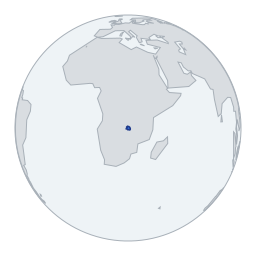 the Earth from above Copperbelt, rotated 13°
{"feature_id": "ZMB-517", "entity_name": "Copperbelt", "entity_type": "Province", "adm_level": 1, "iso_a3": "ZMB", "parent_name": "Zambia", "parent_adm1": "", "projection": "orthographic", "projection_center": [27.632, -13.082], "detail": "fine", "context": "on_globe", "style": "filled", "palette": "blue", "viewbox_px": 256, "rotation_deg": 13, "n_neighbors": 0, "source": "natural_earth", "source_scale": "10m", "svg_char_len": 5485}
<svg xmlns="http://www.w3.org/2000/svg" viewBox="0 0 256 256"><g transform="rotate(13 128 128)"><circle cx="128" cy="128" r="113" fill="#eef3f6" stroke="#a8b0b8"/><path d="M16.6,111.0L16.4,114.3L17.7,115.1L18.0,119.2L17.7,122.4L18.6,122.4L18.6,124.3L24.0,123.8L28.2,126.9L29.1,133.6L27.5,142.8L30.7,160.4L29.2,168.3L31.9,175.4L36.1,186.8L34.7,187.8L38.4,191.9L40.2,195.5L40.2,196.8L43.0,200.1L43.2,201.0L45.1,202.6L49.4,207.9L53.0,210.8L57.2,214.8L59.5,216.4L59.6,216.7L60.8,217.8L62.3,218.8L60.7,218.2L55.6,214.2L52.7,211.7L52.7,211.8L46.2,205.3L47.7,207.0L44.8,204.0L39.4,197.6L34.5,190.8L30.1,183.7L26.2,176.3L22.9,168.6L20.2,160.7L18.1,152.6L16.6,144.4L15.6,136.0L15.4,127.7L15.7,119.3L16.6,111.0ZM64.7,220.0L61.5,218.7L62.7,219.1L60.1,216.9L63.0,218.2L64.7,220.0ZM58.4,214.0L57.4,212.3L58.2,212.6L59.1,213.9L58.4,214.0ZM152.7,18.1L153.0,18.2L157.8,19.5L159.2,20.1L160.1,20.3L159.4,19.9L153.5,18.3L153.4,18.3L161.4,20.4L169.1,23.1L176.7,26.4L184.0,30.3L191.0,34.6L197.7,39.5L203.9,44.8L209.8,50.6L215.3,56.8L220.2,63.4L224.7,70.3L228.7,77.5L232.1,85.0L232.8,86.9L231.3,83.7L231.8,86.0L236.4,98.9L237.1,102.2L236.7,106.1L236.3,103.6L232.5,95.1L233.5,102.4L236.5,111.0L237.5,119.6L236.0,115.6L234.7,108.0L233.3,104.8L232.5,98.2L229.0,87.5L227.3,87.9L226.3,84.1L221.2,75.2L218.2,75.7L214.2,83.1L215.6,92.9L213.3,96.5L205.8,80.7L202.2,71.3L199.6,71.4L191.7,62.9L178.4,60.4L176.4,58.1L173.9,58.8L168.3,56.1L165.2,52.5L161.9,52.5L170.1,62.1L173.7,62.3L176.5,59.2L178.1,62.7L183.5,66.4L177.9,73.9L158.0,80.1L155.9,72.8L140.1,54.1L140.5,52.2L140.4,52.0L140.2,51.6L138.9,54.6L136.2,51.4L144.8,63.6L146.3,69.2L157.7,80.5L156.7,81.6L160.4,84.1L171.9,82.3L172.0,84.7L166.6,96.1L150.5,112.1L152.6,124.1L151.3,134.5L141.2,141.3L142.0,149.8L136.7,152.7L136.4,157.6L132.1,162.9L125.0,168.1L113.0,168.7L112.3,164.2L106.4,155.8L98.3,136.0L101.4,126.7L100.3,119.9L91.6,106.0L93.5,97.9L91.2,94.9L86.4,96.2L83.7,92.7L80.8,93.1L62.6,99.0L57.1,95.3L50.6,82.7L53.9,76.4L54.6,70.3L77.5,46.6L82.2,46.7L100.1,42.2L102.4,42.6L100.2,46.8L113.5,50.9L118.0,47.2L130.2,49.8L138.3,49.8L141.4,42.3L128.0,42.0L125.8,38.6L136.6,35.7L148.3,36.7L147.8,35.5L140.5,32.4L143.2,30.5L137.9,31.2L140.0,32.5L136.8,33.2L134.7,32.1L135.7,31.4L132.2,30.8L128.1,35.0L129.7,36.7L120.5,37.7L122.4,40.8L119.9,42.4L115.7,37.8L116.2,36.1L108.3,32.2L107.0,34.0L114.3,38.0L112.0,37.8L110.3,40.8L109.8,38.3L102.1,34.0L93.8,36.1L83.1,44.7L78.3,46.3L74.4,45.8L78.4,38.3L88.7,35.7L90.3,33.5L88.3,31.4L91.6,30.9L92.1,29.9L96.0,29.1L101.7,26.2L105.6,25.5L108.0,22.8L110.4,22.2L108.3,23.9L109.0,24.9L118.9,24.1L120.9,23.5L121.6,21.9L124.2,22.1L123.7,20.7L129.5,20.2L121.9,19.9L122.6,18.6L126.2,17.8L125.0,17.4L119.2,19.0L118.1,19.7L119.4,20.3L115.2,23.0L111.8,23.7L111.0,21.1L106.0,22.0L107.6,20.1L122.3,16.3L128.3,15.9L138.0,17.2L136.5,17.6L132.3,17.2L136.1,18.4L135.9,17.9L138.0,18.2L139.2,17.5L140.8,17.8L139.2,16.9L141.3,17.1L142.3,17.7L145.9,17.4L150.3,18.1L149.1,17.6L155.5,19.0L155.2,18.9L153.0,18.3L151.1,17.8L150.3,17.6L152.7,18.1ZM69.6,57.1L68.9,58.9L69.6,57.1ZM160.8,42.3L167.7,43.5L164.4,38.8L166.8,38.9L164.7,37.4L164.1,38.4L159.1,34.6L162.0,33.9L161.1,32.2L158.7,31.8L154.2,33.8L161.3,39.2L159.8,40.7L160.8,42.3ZM90.9,26.1L92.1,26.3L90.6,27.5L85.5,29.3L87.7,27.4L90.9,26.1ZM94.3,26.3L95.0,23.8L98.1,22.9L96.2,23.8L98.3,23.4L95.8,24.8L98.2,26.8L96.9,28.1L88.3,30.1L91.8,28.6L90.3,28.4L94.3,26.3ZM91.0,21.9L91.4,21.6L97.8,19.9L96.8,20.4L91.7,22.0L89.9,22.3L91.0,21.9ZM105.0,40.9L106.7,40.9L109.4,40.5L108.4,42.6L105.0,40.9ZM99.6,37.9L101.2,37.5L101.1,39.9L99.3,40.0L99.6,37.9ZM102.2,35.5L101.3,37.3L100.7,36.4L102.2,35.5ZM109.8,23.5L111.5,23.2L111.6,23.5L110.6,24.2L109.8,23.5ZM139.1,43.5L136.6,44.8L135.4,44.1L136.5,43.8L139.1,43.5ZM121.7,43.3L125.6,44.2L121.4,43.9L121.7,43.3ZM177.1,197.7L177.3,199.6L175.8,199.4L177.1,197.7ZM170.2,134.1L162.0,152.5L156.8,152.2L156.1,146.4L159.3,135.2L165.4,132.5L168.5,127.7L170.2,134.1ZM238.9,148.0L239.0,146.8L238.9,147.6L238.9,148.0ZM239.4,143.9L239.3,145.3L239.2,144.8L239.4,143.9ZM239.4,143.1L238.1,138.7L237.3,135.7L237.8,134.2L239.1,137.3L239.4,143.1ZM237.7,134.0L236.0,126.2L231.7,107.9L233.3,109.2L237.4,121.7L237.2,123.1L238.2,128.8L237.7,134.0ZM240.6,128.7L240.6,130.4L240.3,135.0L239.9,132.2L239.6,130.3L239.3,123.4L239.5,120.6L239.9,121.6L240.0,115.6L240.6,128.7ZM216.1,94.0L218.6,100.7L217.1,101.2L216.1,94.0ZM233.8,89.8L233.5,89.4L233.0,87.8L233.0,87.5L233.8,89.8ZM143.9,16.5L143.6,16.5L143.9,16.6L146.5,17.1L142.0,16.4L141.6,16.2L141.8,16.2L143.9,16.5ZM221.3,191.1L220.2,191.2L221.1,188.7L223.3,185.8L228.9,174.6L228.8,175.3L231.8,168.3L233.9,166.3L234.6,164.4L231.0,173.7L226.5,182.6L221.3,191.1Z" fill="#d9dde1" stroke="#a8b0b8" stroke-width="1"/><path d="M127.9,126.4L128.0,126.5L128.3,126.5L128.3,126.4L128.5,126.4L128.6,126.5L128.9,126.6L129.0,126.7L129.3,126.7L129.4,126.8L129.5,126.9L129.6,127.0L129.7,127.3L129.7,127.5L129.8,127.6L130.0,127.5L130.2,127.8L130.3,127.9L130.3,128.0L130.5,128.5L130.5,128.9L130.4,128.9L130.4,129.0L130.0,129.3L130.0,129.5L129.8,129.5L129.7,129.6L129.4,129.6L129.2,129.6L128.9,129.6L128.7,129.6L128.4,129.2L128.1,129.2L127.9,129.2L127.9,129.3L127.7,129.4L127.7,129.5L127.5,129.4L127.3,129.3L126.5,129.2L126.4,129.2L126.4,128.9L126.5,128.9L126.5,128.7L126.8,128.5L126.8,128.4L126.7,128.4L126.7,128.2L126.8,128.2L127.0,127.8L126.9,127.8L126.8,127.7L126.7,127.7L126.6,127.4L126.5,127.2L126.8,126.9L126.9,126.7L127.0,126.5L127.3,126.6L127.5,126.4L127.8,126.5L127.8,126.4L127.9,126.4Z" fill="#3b82f6" stroke="#1e3a8a" stroke-width="1.5"/></g></svg>